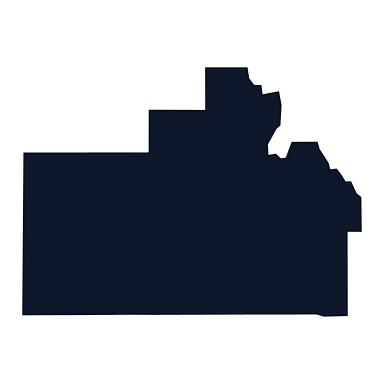 the district of Oneida, Idaho, United States of America
{"feature_id": "52423323B61185328632609", "entity_name": "Oneida", "entity_type": "district", "adm_level": 2, "iso_a3": "USA", "parent_name": "United States of America", "parent_adm1": "Idaho", "projection": "albers", "projection_center": [-112.403, 42.25], "detail": "fine", "context": "isolated", "style": "filled", "palette": "ink", "viewbox_px": 384, "rotation_deg": 0, "n_neighbors": 0, "source": "geoboundaries", "source_scale": "gbopen_adm2", "svg_char_len": 740}
<svg xmlns="http://www.w3.org/2000/svg" viewBox="0 0 384 384"><path d="M24.2,153.3L23.0,314.5L30.6,314.5L55.9,314.4L65.9,314.4L66.5,314.4L83.8,314.3L100.0,314.2L128.8,314.0L151.1,314.1L222.8,313.9L246.4,313.8L290.5,313.8L299.9,313.7L316.6,313.7L323.8,315.9L326.9,315.8L327.2,315.8L347.0,315.3L346.8,231.0L361.0,231.1L360.6,197.5L356.0,193.7L350.6,182.0L345.2,182.3L340.5,174.6L336.3,169.4L329.7,170.1L327.9,163.2L318.8,149.1L317.1,142.5L292.2,142.6L286.3,158.3L280.7,159.2L275.7,154.5L267.7,155.8L267.1,144.4L275.8,128.5L279.7,125.0L280.8,105.2L278.4,92.1L261.9,95.2L260.8,85.8L253.8,85.7L248.5,78.7L246.9,68.1L234.2,68.1L205.9,68.1L206.0,110.7L149.5,110.5L149.4,153.2L24.2,153.3Z" fill="#0f172a" stroke="#020617" stroke-width="1.5"/></svg>